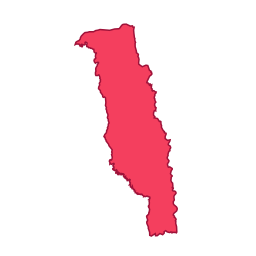 the district of Almeirim, Pará, Brazil, rotated 191°
{"feature_id": "56859067B32800664380983", "entity_name": "Almeirim", "entity_type": "district", "adm_level": 2, "iso_a3": "BRA", "parent_name": "Brazil", "parent_adm1": "Pará", "projection": "equal_earth", "projection_center": [-53.769, 0.405], "detail": "fine", "context": "isolated", "style": "filled", "palette": "rose", "viewbox_px": 256, "rotation_deg": 191, "n_neighbors": 0, "source": "geoboundaries", "source_scale": "gbopen_adm2", "svg_char_len": 5768}
<svg xmlns="http://www.w3.org/2000/svg" viewBox="0 0 256 256"><g transform="rotate(191 128 128)"><path d="M89.4,129.5L89.8,130.2L91.1,130.2L91.5,130.5L91.6,131.5L92.3,131.7L93.4,132.7L95.3,135.1L95.6,137.0L96.3,137.9L97.0,140.6L97.7,140.8L98.4,140.4L100.8,142.9L104.2,143.0L103.8,143.8L103.8,144.3L105.2,145.2L105.6,146.4L105.8,148.1L105.4,150.0L104.8,150.3L104.1,150.1L104.4,151.3L104.3,151.7L104.5,152.0L104.2,153.1L104.4,153.4L105.3,153.6L105.6,154.6L106.2,155.2L106.4,157.2L105.6,158.7L106.7,160.0L107.1,160.7L107.1,161.6L107.8,162.1L108.1,163.4L107.8,165.2L108.1,165.6L108.0,166.5L107.3,167.5L107.2,168.7L108.1,168.7L109.8,169.6L111.1,169.0L111.6,169.5L111.7,170.9L112.8,171.7L113.0,174.7L113.8,173.9L114.9,174.0L114.4,175.3L114.7,175.5L116.1,175.1L116.5,175.3L116.8,176.0L118.2,176.1L118.1,177.6L116.7,183.1L115.5,184.2L115.5,184.5L114.8,185.6L115.6,187.3L116.1,187.2L116.4,188.2L117.9,188.7L120.5,193.1L122.3,193.1L125.7,190.9L129.5,192.6L130.0,194.0L130.3,197.5L131.2,199.4L131.9,200.0L131.8,202.0L132.5,202.8L134.1,203.5L134.4,205.0L136.5,209.2L137.2,212.6L136.9,213.5L137.7,214.5L138.3,216.3L138.3,217.2L138.9,217.8L140.4,222.4L141.2,225.3L141.2,228.1L142.3,227.9L143.1,229.1L145.2,228.5L149.5,229.6L152.0,229.0L153.0,228.5L153.8,227.5L155.3,224.3L155.9,223.7L160.1,222.6L164.6,220.4L174.4,219.3L175.9,218.4L178.3,217.5L180.2,215.9L184.3,215.1L186.0,214.2L188.4,213.5L189.6,212.1L191.4,209.3L191.9,207.7L191.9,206.1L192.8,204.5L194.4,203.4L195.5,202.2L195.8,199.8L194.7,200.6L192.0,201.0L190.7,199.4L189.9,201.0L189.6,201.2L189.3,200.7L189.3,199.1L188.6,198.9L188.3,199.3L188.6,200.6L188.4,201.3L187.1,201.1L186.2,201.5L185.9,202.1L186.5,203.5L186.2,204.2L185.7,204.2L184.7,203.9L184.3,203.4L184.4,201.8L184.0,200.1L183.0,200.2L182.1,199.3L180.4,199.5L179.9,199.1L178.7,199.3L177.7,198.7L176.6,198.7L175.8,196.2L174.3,195.3L173.4,195.6L173.3,195.3L173.7,194.5L173.8,193.7L173.6,191.7L173.1,190.9L173.0,190.3L173.3,189.6L174.1,189.2L174.2,187.6L173.6,186.5L172.4,185.4L172.0,185.9L170.3,186.7L169.5,186.7L169.4,186.4L169.5,185.6L170.2,184.5L170.1,183.3L170.8,181.5L171.0,180.4L170.8,179.0L170.3,177.6L170.5,177.0L170.5,175.9L170.0,174.0L169.5,173.4L167.9,173.7L167.0,174.5L166.4,174.4L165.1,172.1L165.1,171.2L164.6,170.8L164.1,169.9L164.3,169.0L163.9,168.2L164.7,166.5L164.0,164.8L164.6,162.6L164.4,160.9L162.6,159.7L162.1,159.0L161.9,157.9L159.3,155.5L158.7,153.8L157.9,153.4L156.9,154.0L155.9,153.4L154.6,148.8L154.4,145.7L153.1,144.0L153.2,142.4L152.6,141.9L151.8,139.5L150.4,137.7L150.0,136.0L150.3,134.6L149.8,133.5L149.0,132.9L148.8,131.5L147.6,129.4L147.6,129.1L148.1,128.1L147.8,126.1L148.3,124.5L147.8,123.9L148.1,122.9L148.0,122.5L148.5,121.6L148.3,120.0L148.5,118.9L149.5,117.3L150.0,115.0L149.3,114.4L148.8,114.6L148.2,112.9L147.3,112.1L147.1,111.1L146.5,110.9L146.2,110.3L144.1,108.5L143.2,106.9L139.4,103.6L139.4,101.2L138.8,100.4L138.8,99.4L139.1,98.8L138.6,98.1L138.6,97.6L137.9,96.7L137.8,94.4L138.0,93.7L138.5,93.2L139.4,93.5L139.8,93.0L140.0,92.0L139.7,91.3L139.2,90.9L138.9,89.1L138.5,89.6L137.3,89.2L135.5,90.5L135.0,90.5L134.8,89.7L135.6,88.2L135.3,87.6L134.4,87.1L134.2,86.1L135.2,85.4L135.0,84.5L134.3,84.1L133.9,84.7L133.1,83.7L131.8,84.2L131.5,84.8L131.2,84.7L130.7,84.1L131.4,83.4L131.5,82.1L131.3,81.4L130.9,81.6L130.5,83.1L130.1,83.0L129.9,82.4L129.4,82.8L129.1,82.5L129.0,81.9L129.6,80.9L128.9,80.3L128.6,80.4L128.9,81.5L128.4,81.9L128.4,82.4L127.6,82.0L127.3,81.4L127.1,81.9L126.9,81.9L125.9,80.7L125.2,81.1L125.8,81.7L125.8,82.1L124.3,82.1L124.5,81.5L123.1,81.6L123.4,80.1L122.8,79.7L122.7,79.2L122.0,79.1L121.8,79.8L121.2,80.1L121.2,79.7L121.5,79.4L121.6,78.5L120.7,78.6L120.7,78.0L120.3,77.8L120.0,78.4L119.6,78.1L119.2,78.2L119.0,77.6L119.1,76.9L118.8,76.2L118.2,76.3L118.4,76.8L118.3,77.1L117.7,76.8L117.2,77.4L116.7,77.1L116.4,77.3L116.4,77.8L116.1,77.7L116.2,75.9L115.7,74.8L115.2,74.7L115.1,74.4L115.6,72.9L115.0,73.3L114.7,72.9L114.6,72.6L114.9,72.1L114.5,71.7L114.6,71.4L114.2,71.1L114.2,70.6L113.3,70.4L112.8,69.8L112.5,71.3L112.1,70.2L111.3,69.4L111.2,68.9L110.7,68.9L110.5,68.6L110.0,68.7L109.9,67.4L109.0,67.4L109.4,66.7L109.1,66.9L108.4,66.4L108.5,65.9L107.2,65.9L107.0,65.3L106.1,64.9L105.8,65.7L105.2,65.0L104.5,65.0L104.1,65.3L103.1,65.1L102.9,65.4L102.4,65.2L102.2,65.6L101.6,65.6L100.6,64.6L99.4,64.2L99.4,63.9L99.1,64.2L98.4,63.9L97.5,64.1L96.9,64.6L96.0,64.8L95.3,64.7L95.0,64.3L94.3,64.5L93.4,64.3L93.1,63.3L93.4,62.9L93.2,62.5L93.8,61.7L93.6,61.7L93.6,61.3L93.2,60.8L93.2,59.7L92.8,58.9L92.5,56.6L93.1,55.2L92.5,54.9L92.6,54.1L91.9,53.5L91.2,52.0L91.3,51.4L91.1,50.6L91.3,50.1L91.1,49.2L91.4,48.9L91.3,47.4L92.1,46.3L92.1,45.8L92.7,45.5L92.8,45.0L92.8,44.5L91.1,41.4L91.2,40.6L91.4,40.4L91.3,40.0L91.7,39.4L91.2,37.8L89.0,34.6L89.1,33.7L86.9,29.8L86.2,26.8L84.5,26.4L81.1,29.5L80.4,27.5L78.7,27.9L76.6,30.5L73.6,29.9L72.4,31.8L72.7,33.1L71.4,34.4L69.8,33.5L67.4,33.3L66.6,33.6L66.4,34.0L65.0,34.2L64.8,33.5L62.9,34.5L62.0,34.3L61.4,34.7L60.6,34.3L60.2,35.1L61.5,40.4L63.0,43.5L63.2,45.3L63.8,45.9L63.4,46.9L63.4,47.6L64.3,48.7L65.5,49.1L65.5,50.2L67.0,51.2L66.8,52.8L64.5,55.8L64.2,57.3L64.4,58.6L65.4,59.8L68.2,61.4L68.9,62.1L69.2,62.9L69.5,64.5L68.9,65.7L68.9,66.5L69.5,68.0L69.9,69.7L69.5,71.0L68.6,72.6L68.4,73.2L68.6,73.8L69.3,74.7L70.4,75.0L71.6,74.8L72.4,75.2L72.5,75.9L72.0,77.3L72.1,77.8L73.1,77.8L73.2,78.2L72.8,79.3L73.7,82.4L74.8,83.1L76.1,85.1L75.9,85.9L76.2,88.0L75.5,89.1L75.6,89.6L77.0,90.4L77.6,91.2L77.4,94.4L76.7,95.9L76.9,96.7L79.6,97.8L80.5,97.2L81.1,97.4L82.2,99.4L82.4,100.3L81.5,102.7L81.6,103.8L83.5,105.4L83.9,106.6L83.4,108.9L83.8,109.9L83.5,112.3L83.4,112.9L82.5,113.7L82.9,115.2L82.3,116.7L82.7,117.6L83.4,118.5L85.0,119.0L85.4,119.6L85.3,120.6L84.4,123.2L84.4,124.4L86.8,123.4L89.5,124.7L89.9,126.7L89.4,129.5Z" fill="#f43f5e" stroke="#9f1239" stroke-width="1.5"/></g></svg>